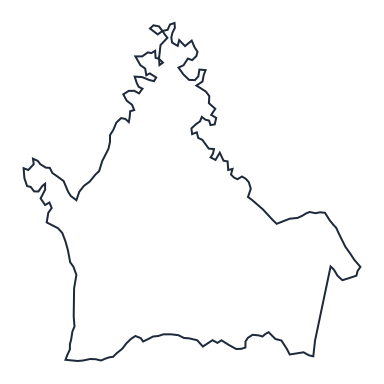 Vitorino, Paraná, Brazil
{"feature_id": "56859067B75981807507480", "entity_name": "Vitorino", "entity_type": "district", "adm_level": 2, "iso_a3": "BRA", "parent_name": "Brazil", "parent_adm1": "Paraná", "projection": "equal_earth", "projection_center": [-52.818, -26.255], "detail": "fine", "context": "isolated", "style": "outline", "palette": "slate", "viewbox_px": 384, "rotation_deg": 0, "n_neighbors": 0, "source": "geoboundaries", "source_scale": "gbopen_adm2", "svg_char_len": 2911}
<svg xmlns="http://www.w3.org/2000/svg" viewBox="0 0 384 384"><path d="M170.0,24.5L167.6,29.8L162.5,31.0L164.8,34.5L167.4,37.8L160.5,45.1L159.0,58.8L155.6,57.9L155.1,50.8L151.4,53.1L147.8,52.4L142.2,56.4L135.4,56.4L140.4,65.2L145.2,68.6L146.3,75.3L149.8,73.4L156.2,77.5L154.0,81.2L149.0,79.9L142.2,77.1L134.7,76.6L136.7,82.9L138.6,86.8L142.5,88.7L139.0,93.4L134.3,90.8L128.7,90.9L123.3,94.4L126.7,100.7L132.1,104.8L134.2,110.1L130.2,111.2L129.6,117.6L128.8,122.1L125.3,118.9L121.1,118.1L116.3,122.7L113.3,129.9L110.0,135.2L110.0,141.9L108.5,148.7L106.5,152.7L102.3,160.9L99.1,171.2L95.6,174.4L89.6,181.7L84.0,185.8L79.3,191.7L76.4,200.2L70.8,196.0L68.1,191.7L63.6,181.0L57.3,176.4L52.4,173.0L49.8,167.9L45.7,167.6L40.3,164.2L37.8,160.9L33.0,158.7L33.7,164.2L28.3,170.0L23.6,168.2L24.4,178.2L27.1,186.1L30.7,186.9L34.1,191.4L38.4,191.5L42.2,186.1L45.1,183.7L45.1,189.8L40.6,198.4L45.1,205.0L49.4,202.5L51.7,208.0L48.3,212.8L46.7,222.4L52.1,225.2L58.0,228.2L62.3,233.0L65.5,241.5L67.8,249.8L70.2,262.3L73.4,266.7L76.4,274.9L74.1,288.3L73.7,316.5L74.5,326.5L72.4,331.5L71.1,339.7L69.9,344.2L69.9,349.5L67.3,355.0L65.5,359.8L77.5,361.0L83.1,360.5L90.2,359.0L95.6,359.2L101.1,360.5L105.2,358.7L109.4,357.3L113.1,356.8L116.6,353.3L122.2,348.8L126.5,343.2L131.2,338.7L135.4,336.0L140.7,338.1L143.1,341.5L148.5,338.9L153.1,336.5L158.2,336.0L163.5,334.3L171.2,334.3L178.4,335.2L184.0,338.0L188.9,338.3L197.1,340.2L202.9,346.5L212.5,340.2L217.5,342.9L221.4,340.3L228.9,345.0L236.2,349.0L241.4,348.8L245.4,347.5L245.5,341.5L247.9,337.8L252.6,334.8L258.8,335.4L262.5,336.5L265.4,334.0L268.6,332.2L275.4,339.0L281.4,340.5L286.8,348.8L289.7,354.5L303.5,352.3L308.9,355.3L313.3,356.3L315.0,340.8L330.6,266.5L333.8,269.5L337.5,275.7L342.4,280.2L347.2,278.7L356.4,275.7L357.5,271.2L360.4,266.9L354.2,259.7L350.5,254.0L345.4,246.8L341.1,238.2L338.8,233.5L336.2,227.8L333.2,224.6L329.7,220.3L325.0,212.8L320.0,212.3L315.5,213.2L309.7,212.0L306.1,213.4L302.4,215.7L297.6,217.9L289.7,218.7L276.7,223.8L272.7,220.0L262.9,209.4L252.1,200.0L248.0,197.0L250.8,188.7L248.8,182.2L245.9,178.9L242.0,176.5L237.5,179.2L234.2,177.7L231.0,174.6L232.5,168.9L228.2,170.0L227.6,161.4L223.5,160.7L219.8,152.7L215.5,159.9L210.6,157.4L212.9,153.9L214.0,149.1L208.7,148.6L202.4,139.9L198.2,137.9L196.8,132.3L192.1,134.1L191.4,128.4L196.2,124.0L200.0,121.4L201.8,116.9L205.4,119.7L209.1,120.6L210.5,125.1L214.7,124.4L216.2,117.9L211.2,114.9L215.3,108.8L208.9,103.2L209.3,96.1L205.9,91.6L200.2,87.9L196.4,85.6L202.5,81.5L203.7,75.1L205.6,70.1L199.4,69.6L198.3,76.4L194.9,80.1L189.1,79.9L183.3,74.3L178.5,67.6L183.6,65.2L187.8,58.6L192.2,60.1L196.3,56.1L197.5,51.8L194.6,47.3L191.7,40.6L185.0,46.1L179.2,40.1L177.7,45.9L172.1,42.6L171.3,37.4L172.5,32.6L174.9,27.8L174.5,23.0L170.0,24.5ZM159.0,58.8L162.9,62.6L159.5,65.1L159.0,58.8ZM162.5,31.0L159.0,26.4L153.5,25.3L150.0,28.5L157.7,34.4L162.5,31.0Z" fill="none" stroke="#1e293b" stroke-width="2"/></svg>